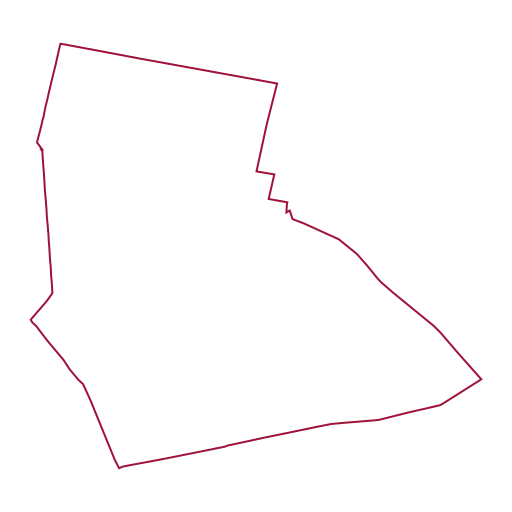 Dorobanti, Arad, Romania (Natural Earth projection)
{"feature_id": "2599482B12324082496079", "entity_name": "Dorobanti", "entity_type": "district", "adm_level": 2, "iso_a3": "ROU", "parent_name": "Romania", "parent_adm1": "Arad", "projection": "natural_earth1", "projection_center": [21.224, 46.354], "detail": "fine", "context": "isolated", "style": "outline", "palette": "rose", "viewbox_px": 512, "rotation_deg": 0, "n_neighbors": 0, "source": "geoboundaries", "source_scale": "gbopen_adm2", "svg_char_len": 1222}
<svg xmlns="http://www.w3.org/2000/svg" viewBox="0 0 512 512"><path d="M127.2,465.7L161.6,459.3L225.2,446.6L227.4,445.6L264.5,437.6L318.0,426.6L331.2,424.0L344.2,422.8L365.1,421.1L373.8,420.4L378.3,420.0L387.2,417.8L402.7,413.9L411.7,411.7L439.7,405.3L441.6,404.4L481.3,379.3L457.8,352.8L440.7,332.9L434.0,326.1L420.4,315.0L393.1,292.7L380.8,282.0L377.6,278.5L367.2,265.7L357.0,254.1L354.0,251.6L340.1,240.4L339.6,240.0L338.8,239.3L303.5,223.3L292.6,219.1L289.7,210.5L286.4,212.4L286.8,206.2L286.9,204.5L287.3,202.3L268.7,199.0L274.3,174.4L256.5,171.4L266.8,124.1L277.1,83.5L141.0,58.8L64.4,44.4L60.4,43.8L59.6,47.1L57.6,55.8L55.7,64.4L53.5,73.2L51.4,81.9L49.3,90.6L47.1,100.4L45.2,107.9L43.5,117.2L42.7,119.2L41.5,124.9L39.2,133.9L37.0,142.4L42.2,149.5L41.2,149.6L42.3,150.9L42.4,152.5L43.2,164.8L43.8,172.3L44.3,179.5L44.9,190.4L45.7,199.4L46.4,208.1L46.9,217.2L47.7,225.6L48.5,235.0L48.7,240.0L49.4,248.9L49.9,257.7L50.7,266.9L51.1,275.3L51.9,284.2L52.4,293.1L46.8,301.0L40.7,308.1L30.7,319.7L32.2,322.3L36.5,326.4L39.1,329.9L47.7,341.1L63.5,359.9L69.7,369.4L78.4,379.8L83.1,384.2L90.4,400.1L101.4,427.1L114.7,459.6L116.9,463.9L119.1,468.2L122.4,466.7L127.2,465.7Z" fill="none" stroke="#9f1239" stroke-width="2"/></svg>